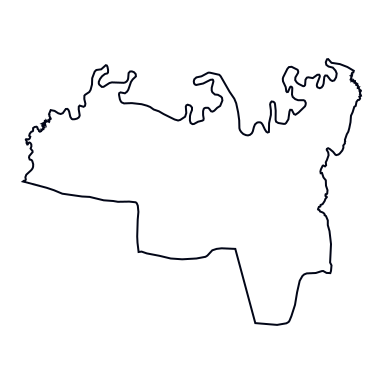 Changhan, Roi Et, Thailand
{"feature_id": "78962969B4502955936571", "entity_name": "Changhan", "entity_type": "district", "adm_level": 2, "iso_a3": "THA", "parent_name": "Thailand", "parent_adm1": "Roi Et", "projection": "equal_earth", "projection_center": [103.624, 16.158], "detail": "fine", "context": "isolated", "style": "outline", "palette": "ink", "viewbox_px": 384, "rotation_deg": 0, "n_neighbors": 0, "source": "geoboundaries", "source_scale": "gbopen_adm2", "svg_char_len": 5823}
<svg xmlns="http://www.w3.org/2000/svg" viewBox="0 0 384 384"><path d="M347.4,67.0L339.9,64.1L331.5,62.8L328.2,59.1L327.0,59.3L325.8,62.2L326.3,64.8L328.5,66.5L332.8,67.6L335.5,70.6L336.7,73.5L336.1,77.3L334.3,80.4L332.3,81.0L330.5,80.0L327.1,75.6L325.3,75.5L324.3,77.0L323.6,83.6L322.9,85.7L321.6,87.4L319.8,88.2L317.7,87.4L317.1,86.7L316.8,85.2L317.1,83.7L319.8,76.6L319.7,75.4L319.1,74.7L317.3,74.8L312.8,78.1L308.2,77.3L306.8,77.7L305.5,79.7L305.1,85.0L304.3,86.0L303.2,86.2L298.6,83.9L296.8,82.5L295.2,80.1L295.4,77.4L298.1,72.8L298.2,71.3L297.6,69.8L291.6,66.8L288.9,67.1L287.4,68.8L283.2,77.2L282.8,78.8L283.0,81.3L285.7,87.1L286.3,91.3L287.0,92.1L288.0,91.9L290.1,87.1L290.9,86.6L291.7,86.9L292.3,88.0L292.0,94.6L292.7,96.9L295.2,99.1L298.1,100.2L303.6,100.2L304.8,100.8L305.8,103.0L305.6,104.8L305.0,106.3L298.5,112.6L295.5,114.7L294.0,114.1L291.8,109.9L290.2,109.8L289.5,111.4L288.4,119.3L286.1,123.0L284.9,123.9L283.8,123.9L278.3,123.0L276.1,121.7L275.6,119.8L275.7,110.6L275.0,104.0L274.6,102.8L273.5,101.8L271.6,101.5L270.6,102.7L270.1,104.4L270.9,110.4L270.9,114.9L269.1,123.1L268.9,132.0L267.6,132.5L266.4,131.8L264.9,129.5L262.6,124.6L261.3,122.9L260.0,122.3L258.2,122.3L257.0,122.7L255.0,124.4L253.9,127.1L252.8,131.4L251.8,133.3L250.0,134.8L248.0,135.4L245.9,135.1L243.3,134.0L241.2,132.0L239.9,130.0L239.4,128.2L239.2,120.3L238.1,112.2L236.2,103.3L234.3,98.7L229.6,91.8L220.7,76.3L219.3,74.8L210.0,72.7L208.2,72.7L201.5,76.3L196.4,77.4L194.3,79.3L193.8,81.2L194.0,83.1L194.7,84.3L196.1,85.0L203.2,83.5L210.5,79.8L212.6,79.6L213.1,80.1L213.4,81.5L211.7,87.8L211.7,90.5L212.4,92.3L214.9,94.5L217.9,94.8L221.0,96.6L222.0,97.8L222.4,100.5L220.2,105.9L217.2,107.8L214.3,110.7L212.6,111.6L211.1,111.3L209.1,108.6L208.0,107.8L205.6,107.8L204.4,108.2L203.7,109.0L203.1,111.1L203.1,115.1L203.7,118.6L203.4,120.0L202.5,120.6L198.1,121.7L193.9,124.0L192.4,124.1L190.6,122.9L189.9,120.5L190.0,116.0L190.6,113.5L192.0,110.0L192.0,107.5L190.4,105.6L187.7,104.7L186.4,105.3L185.8,106.7L186.3,113.0L185.1,116.7L180.3,119.9L178.1,120.5L174.6,119.5L163.7,114.1L158.9,111.3L153.7,109.5L150.2,107.0L147.0,105.7L141.6,104.2L131.8,103.1L124.0,103.4L121.7,102.4L120.9,101.5L119.9,99.4L119.0,94.7L119.2,93.2L120.5,92.4L124.9,93.3L127.0,91.7L128.3,89.7L131.0,81.9L132.7,79.4L135.9,76.4L135.7,74.1L134.0,72.2L131.9,71.4L130.0,71.5L128.6,73.1L128.2,78.3L127.8,79.8L126.7,81.4L125.3,82.4L123.8,82.8L111.9,82.4L109.5,83.0L103.6,86.8L101.8,86.9L99.2,84.5L98.8,83.5L98.8,81.8L100.0,79.0L102.0,76.3L104.9,74.0L107.3,73.4L108.0,72.5L108.1,70.0L107.5,66.9L106.8,65.5L105.8,65.2L101.2,69.3L96.3,70.0L94.7,71.6L92.2,78.2L92.0,84.5L90.6,89.8L89.3,92.0L85.1,94.8L84.4,95.7L84.3,99.0L85.4,103.7L85.0,105.8L83.6,106.8L79.7,105.6L78.8,106.6L78.7,109.3L79.7,115.3L79.3,116.6L78.6,117.6L77.0,118.6L74.8,119.2L72.7,119.3L71.7,118.9L70.3,116.8L69.1,111.4L68.2,109.6L67.3,108.9L65.8,109.0L62.8,113.2L60.7,114.0L58.3,113.3L54.6,110.9L50.7,110.1L49.0,114.2L49.5,114.8L49.3,115.9L50.7,118.5L50.6,119.1L50.2,119.4L49.6,119.1L49.2,120.0L48.6,120.1L49.3,121.5L49.1,121.9L48.2,121.4L46.8,121.4L46.1,120.6L45.9,121.6L44.8,121.1L44.7,121.9L45.1,122.5L44.9,123.1L45.4,125.4L44.7,124.9L43.6,123.0L42.2,123.7L43.1,124.0L43.0,124.9L42.3,125.5L42.3,125.9L43.1,126.7L43.7,126.3L43.7,127.0L44.3,127.6L43.1,128.3L43.3,129.2L42.6,129.3L42.3,129.8L41.3,129.6L41.2,131.1L39.9,131.7L39.0,131.1L38.6,129.6L37.7,129.0L37.3,127.3L36.5,126.7L34.6,127.0L33.1,128.1L33.1,130.4L32.8,131.2L31.3,131.8L29.8,133.6L29.2,135.8L30.3,136.7L29.7,138.5L28.6,139.4L26.1,139.2L25.8,139.7L26.8,141.5L26.5,142.9L27.3,144.5L27.8,144.4L28.6,142.8L29.5,142.5L30.3,142.9L31.3,144.4L31.4,146.4L30.6,148.6L32.5,150.9L32.6,152.1L29.3,156.0L29.0,157.5L29.7,159.5L31.5,160.0L32.3,161.1L33.2,164.2L33.1,166.8L32.5,168.5L31.3,170.1L26.3,174.7L25.4,177.2L25.8,179.5L25.2,180.7L23.9,180.8L23.0,181.5L46.7,187.8L53.9,190.2L62.3,193.7L82.0,196.5L89.6,196.9L103.7,200.3L113.2,201.0L117.9,201.8L129.3,201.6L135.7,202.3L136.8,203.3L137.8,205.7L138.4,211.9L137.7,219.7L137.2,236.5L137.5,242.7L138.6,252.0L141.6,251.6L146.8,253.4L159.4,255.8L170.7,258.5L182.2,259.3L196.4,258.5L205.5,256.8L207.4,255.6L212.3,250.3L216.6,248.9L221.6,248.3L235.3,248.9L255.3,323.1L277.1,324.9L286.4,323.3L288.6,322.0L289.5,320.7L291.4,316.1L295.0,304.9L297.1,292.3L299.7,280.8L302.4,276.0L304.2,274.4L306.8,273.4L315.8,273.0L321.8,271.1L323.2,271.0L326.5,272.9L330.3,273.1L331.0,270.9L331.5,265.4L330.1,262.5L331.0,244.1L329.5,231.1L327.8,225.1L327.8,220.4L326.0,216.1L324.6,215.2L324.7,214.4L323.9,213.3L322.6,212.4L320.1,211.5L319.4,210.1L318.3,209.7L318.0,209.2L318.9,206.9L320.3,206.5L320.6,205.0L322.6,204.1L324.6,201.1L325.4,198.9L326.8,197.2L326.7,196.8L325.6,196.2L325.4,195.1L325.7,194.2L326.6,194.2L327.2,193.5L327.5,190.2L326.0,185.7L325.8,180.3L323.5,177.5L322.0,173.0L320.7,173.2L320.4,171.5L320.9,169.4L322.7,165.7L323.4,165.5L325.0,166.4L326.1,165.3L325.8,162.3L327.0,159.8L328.6,155.2L328.2,152.4L326.7,149.8L326.9,148.9L328.1,148.2L329.7,149.0L333.1,151.8L335.4,154.7L336.3,155.1L338.5,154.5L339.8,153.5L342.3,150.5L343.4,147.8L343.3,145.5L344.9,143.4L344.8,142.0L345.2,141.4L344.9,139.9L346.8,134.3L348.3,131.7L349.3,128.1L350.5,122.2L351.0,115.7L352.6,112.3L354.3,106.8L355.7,105.9L356.5,101.8L357.9,100.0L359.2,99.8L360.1,98.6L359.4,96.7L360.1,96.5L360.2,95.8L361.0,95.7L360.9,95.2L359.9,94.2L360.2,93.4L359.8,91.6L360.7,91.3L360.9,90.7L360.6,90.3L359.5,90.5L359.5,89.4L358.5,88.2L358.8,87.5L357.8,87.8L357.9,85.5L356.5,85.0L357.2,83.9L356.5,83.4L356.1,84.1L355.3,83.1L354.3,82.7L354.4,81.8L355.0,82.0L355.0,81.1L354.0,81.1L353.6,80.5L353.3,81.2L352.6,81.3L351.9,80.1L351.3,80.7L351.2,79.9L350.6,79.6L351.0,78.6L351.5,78.6L351.2,77.7L351.7,76.3L351.1,75.9L351.9,75.6L351.7,75.0L352.1,74.7L351.7,74.1L351.9,73.3L352.3,72.7L353.3,72.5L353.8,70.8L347.4,67.0Z" fill="none" stroke="#020617" stroke-width="2"/></svg>